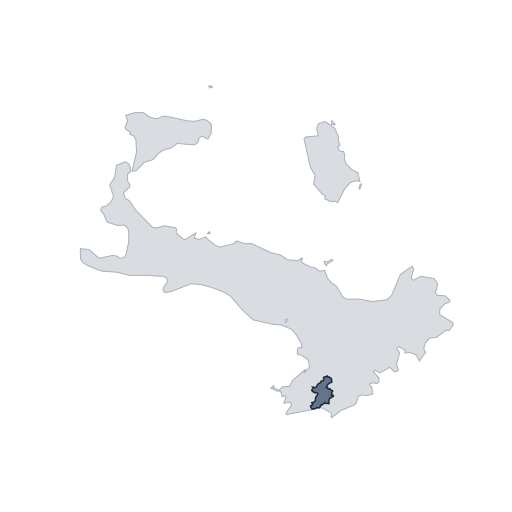 where Belluno sits in Italy, rotated 159°
{"feature_id": "ITA-5467", "entity_name": "Belluno", "entity_type": "Province", "adm_level": 1, "iso_a3": "ITA", "parent_name": "Italy", "parent_adm1": "", "projection": "robinson", "projection_center": [12.178, 46.278], "detail": "fine", "context": "in_parent", "style": "filled", "palette": "slate", "viewbox_px": 512, "rotation_deg": 159, "n_neighbors": 0, "source": "natural_earth", "source_scale": "10m", "svg_char_len": 6564}
<svg xmlns="http://www.w3.org/2000/svg" viewBox="0 0 512 512"><g transform="rotate(159 256 256)"><path d="M102.6,117.1L105.5,118.6L116.7,115.3L123.5,117.2L129.1,114.0L132.8,109.1L132.1,105.4L141.1,99.5L142.0,106.3L146.9,110.8L151.7,112.0L150.5,114.7L155.2,120.3L157.1,119.8L157.8,118.8L156.6,114.1L163.5,104.9L163.9,98.5L165.1,97.8L168.4,98.3L171.1,104.2L182.3,102.4L186.1,106.9L187.9,106.0L185.0,98.3L186.4,94.3L189.3,93.6L191.4,95.5L195.7,96.0L195.9,93.7L194.9,92.1L196.4,85.3L202.8,86.0L206.6,88.4L211.0,88.3L214.9,82.9L217.9,81.6L232.3,81.3L242.9,78.0L243.8,78.7L241.9,81.3L242.5,83.0L248.9,90.8L284.5,97.0L284.0,98.9L276.4,103.9L275.8,105.7L277.0,107.4L282.7,108.6L278.8,113.2L278.8,115.0L281.9,115.3L281.5,120.9L285.3,122.7L289.5,127.6L285.3,128.5L287.0,127.2L282.7,122.3L278.3,124.4L271.2,122.3L266.4,126.8L250.1,132.6L252.9,130.0L251.7,129.9L245.8,133.3L244.5,140.2L249.0,147.0L252.6,149.5L251.0,153.7L248.8,155.3L245.9,154.1L245.1,157.9L246.6,167.9L249.2,175.0L257.3,182.8L263.3,185.3L281.5,197.3L288.2,210.7L294.1,227.5L298.9,233.8L309.0,242.8L318.1,249.3L326.6,253.4L348.8,253.2L354.4,254.7L355.1,257.5L354.1,259.4L347.6,264.1L347.3,267.8L350.4,270.5L365.7,277.4L381.2,283.3L391.8,290.8L405.5,297.2L416.2,306.9L420.1,312.1L420.9,316.0L418.5,323.0L417.2,325.8L409.6,321.8L403.3,310.0L390.0,308.0L386.1,306.0L383.8,302.4L379.6,302.0L376.8,303.9L369.7,314.9L366.0,324.5L365.8,328.3L368.0,332.1L374.4,334.2L382.8,341.0L383.2,349.4L384.7,354.2L382.6,356.9L378.4,356.2L372.9,358.0L369.0,361.1L367.4,364.0L367.2,374.6L359.8,380.1L353.6,390.7L344.1,390.8L341.8,387.5L341.7,382.6L343.3,379.6L346.7,378.2L349.0,372.0L348.2,367.5L349.5,365.5L357.1,362.5L357.4,356.2L354.5,353.3L351.9,341.9L342.3,320.0L339.2,317.8L331.0,317.2L321.2,311.4L320.6,309.0L322.2,306.7L321.1,303.6L318.0,298.1L315.9,296.7L303.9,299.1L307.3,294.7L303.0,291.8L295.6,291.8L295.6,289.8L290.3,280.9L286.7,277.3L273.1,275.5L268.7,277.0L261.9,271.4L255.8,269.3L240.3,253.2L232.8,248.3L228.1,241.3L218.6,236.6L214.3,237.8L213.3,236.9L215.5,235.5L215.1,232.8L208.7,225.8L205.0,223.6L202.4,219.1L197.0,218.0L197.2,209.9L195.3,204.2L191.8,199.3L189.8,187.7L188.3,184.4L184.4,182.0L175.7,179.2L163.6,171.7L149.3,168.2L143.3,170.8L128.0,186.9L113.8,190.6L113.5,187.3L119.1,179.8L118.0,177.0L109.2,177.9L97.9,171.1L96.4,165.1L99.8,159.4L101.8,158.1L100.8,154.3L93.9,151.1L91.2,146.1L91.1,144.4L92.9,143.5L97.0,143.8L103.5,140.3L105.5,135.5L96.1,123.3L96.6,120.9L102.6,117.1ZM251.6,186.0L252.1,183.0L249.2,184.9L250.0,186.3L251.6,186.0ZM341.4,379.4L330.2,396.1L326.5,407.4L327.0,411.7L330.3,414.8L328.7,416.0L332.3,421.3L332.2,422.8L327.2,428.8L327.2,434.0L317.5,433.2L309.7,430.2L305.8,424.2L302.6,421.6L299.3,419.6L292.5,419.7L289.5,418.5L271.5,406.7L264.4,403.5L256.3,402.7L253.1,400.1L250.5,394.9L253.7,386.9L259.0,382.4L263.8,387.5L267.9,385.8L268.2,384.2L271.1,382.1L274.8,382.1L289.0,389.3L296.4,387.3L303.2,388.1L309.4,387.1L317.4,382.9L326.8,383.4L337.5,378.6L341.4,379.4ZM171.7,289.4L176.4,302.5L171.8,310.4L173.5,319.0L169.1,348.4L166.9,349.3L154.8,345.9L153.8,352.7L152.2,355.4L149.7,357.2L143.1,356.7L136.7,347.1L136.3,337.5L137.7,334.7L137.9,329.2L140.5,328.9L140.7,325.2L139.3,323.2L136.8,322.5L136.9,318.3L138.7,315.2L138.8,309.6L135.6,302.5L131.1,297.3L132.2,288.4L136.1,290.6L141.9,290.5L149.0,287.1L160.6,276.6L162.1,278.5L166.9,280.2L171.3,284.8L169.5,287.7L171.7,289.4ZM193.7,221.7L194.7,223.9L194.3,226.7L192.0,225.1L186.3,225.7L185.7,224.2L192.7,223.0L193.7,221.7ZM138.4,351.8L136.7,355.2L135.0,350.7L135.2,350.2L138.4,351.8ZM135.7,281.9L133.1,285.6L131.7,285.5L135.0,281.2L135.7,281.9ZM239.5,431.6L236.4,430.8L236.2,429.1L238.8,429.4L239.5,431.6ZM293.3,294.3L290.6,295.4L290.7,293.5L293.3,294.3Z" fill="#d9dde1" stroke="#a8b0b8" stroke-width="1"/><path d="M251.1,91.7L251.9,91.9L252.7,92.4L253.2,92.5L253.6,92.6L255.2,92.4L256.5,92.5L256.8,92.6L257.3,92.9L257.5,93.0L257.8,93.0L258.2,92.9L258.4,92.8L258.6,92.9L258.8,94.5L259.0,95.2L259.0,95.7L258.9,96.0L259.0,96.3L258.9,96.5L257.1,96.8L256.8,96.8L256.6,96.9L256.5,97.0L256.3,97.1L255.9,97.6L255.8,97.8L255.8,98.0L256.1,98.2L256.4,98.3L256.5,98.5L256.6,98.9L256.5,99.1L256.4,99.1L256.0,99.0L255.7,98.9L254.4,98.9L253.3,99.1L252.7,99.4L252.6,99.5L252.1,100.3L251.9,100.9L251.8,101.2L251.0,102.5L250.4,103.2L250.2,103.4L248.8,104.0L248.4,104.2L248.1,104.5L247.7,105.1L247.5,105.3L247.5,105.5L247.6,105.8L248.1,106.3L248.7,106.8L248.9,106.9L249.0,106.9L249.6,106.9L249.7,107.0L249.8,107.0L249.9,107.3L250.0,107.4L250.5,107.4L250.6,107.5L250.8,107.9L250.8,108.3L250.8,108.5L251.0,108.6L251.2,108.8L251.7,109.1L251.8,109.3L251.9,109.6L252.0,110.3L252.0,110.6L252.0,110.8L251.9,111.0L251.6,111.3L251.4,111.4L250.7,111.6L250.4,111.8L250.3,112.0L250.2,112.2L250.0,112.5L249.7,112.9L249.8,113.1L247.3,111.8L246.6,112.1L244.7,113.8L243.5,114.4L243.1,114.5L241.7,114.4L241.3,114.5L241.0,114.8L240.4,115.6L240.0,115.8L238.0,115.7L237.6,115.8L237.3,116.1L237.0,116.5L236.9,117.0L236.7,117.9L236.6,118.3L236.3,118.5L234.5,118.5L234.0,118.3L233.7,118.0L233.4,118.0L232.8,118.6L232.4,118.5L232.3,118.4L232.2,118.1L232.3,117.9L232.4,117.5L232.4,117.3L232.1,117.1L231.2,116.9L230.9,116.7L230.7,116.0L230.6,115.7L230.3,115.4L230.0,115.2L229.7,115.1L229.6,114.4L229.7,113.6L229.8,113.3L229.9,113.1L230.1,113.0L230.3,112.8L230.3,112.6L230.2,112.2L230.1,111.6L230.2,111.4L230.3,111.2L230.5,111.2L231.3,111.0L232.9,111.0L233.2,111.0L233.4,110.9L234.0,110.6L235.2,110.2L235.5,110.1L235.7,109.8L235.9,109.6L236.5,108.9L236.6,108.7L236.8,108.6L237.2,108.5L237.4,108.3L237.5,108.2L237.5,107.9L237.4,107.9L236.5,107.4L236.3,107.2L236.2,107.2L236.1,106.9L236.2,106.7L236.3,106.1L236.2,106.0L235.9,105.9L235.7,105.7L235.5,105.4L235.4,105.4L234.6,105.4L234.3,105.3L234.2,105.2L234.2,104.5L234.2,104.3L234.2,104.2L234.0,103.9L233.0,102.9L232.9,102.8L232.9,102.6L232.8,102.4L233.0,102.2L233.5,101.9L234.0,101.8L234.2,101.7L234.4,100.6L234.5,100.3L234.5,100.1L234.9,99.8L235.1,99.7L235.3,99.6L235.4,99.4L235.5,99.2L235.4,99.0L235.4,98.9L235.1,98.7L234.8,98.5L234.1,98.4L233.8,98.2L233.8,97.5L234.3,97.2L238.5,96.5L238.9,96.4L239.0,96.3L239.1,96.2L239.2,95.8L239.3,95.4L239.5,95.1L239.8,94.8L240.1,94.3L240.3,93.9L240.4,93.4L240.5,93.1L240.5,92.6L240.5,92.4L240.8,92.0L241.0,92.0L242.1,92.8L242.3,92.9L242.9,93.0L243.1,93.1L243.8,94.0L243.9,94.4L244.0,94.5L244.1,94.4L244.8,94.1L245.2,93.9L246.5,93.8L246.8,93.7L247.1,93.6L247.4,93.4L247.6,93.4L247.8,93.3L248.0,93.4L248.1,93.5L248.4,93.7L248.7,93.7L248.9,93.6L249.0,93.6L249.0,93.4L249.0,93.2L249.7,92.7L249.8,92.6L250.1,92.4L250.4,92.1L251.1,91.7Z" fill="#64748b" stroke="#1e293b" stroke-width="1.5"/></g></svg>